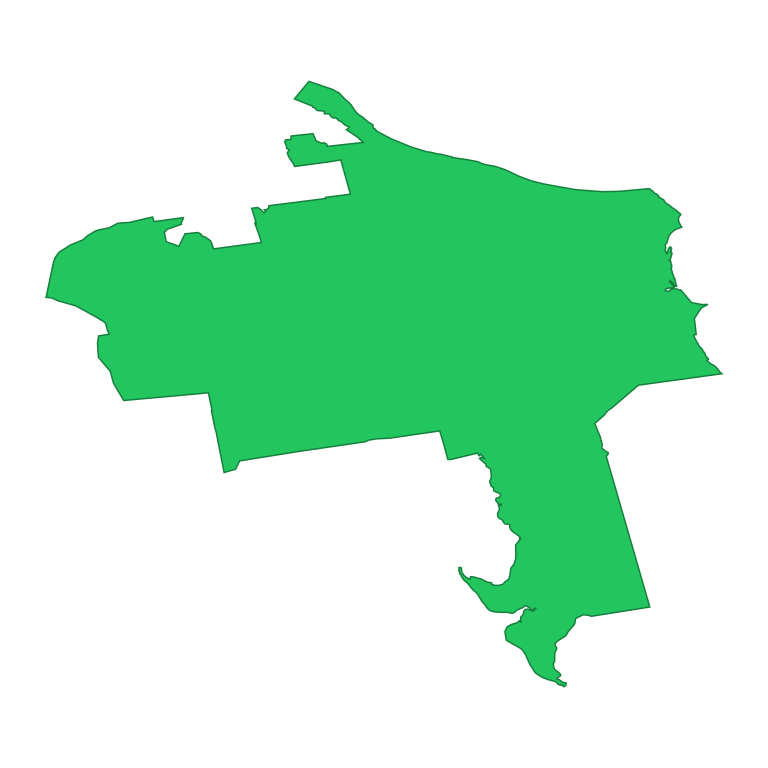 outline of Mērsraga pag., Mersraga, Latvia
{"feature_id": "27541924B11751458518811", "entity_name": "Mērsraga pag.", "entity_type": "district", "adm_level": 2, "iso_a3": "LVA", "parent_name": "Latvia", "parent_adm1": "Mersraga", "projection": "robinson", "projection_center": [23.056, 57.313], "detail": "fine", "context": "isolated", "style": "filled", "palette": "green", "viewbox_px": 768, "rotation_deg": 0, "n_neighbors": 0, "source": "geoboundaries", "source_scale": "gbopen_adm2", "svg_char_len": 6111}
<svg xmlns="http://www.w3.org/2000/svg" viewBox="0 0 768 768"><path d="M721.9,373.7L720.2,372.4L716.5,367.6L714.2,365.7L711.2,364.1L706.7,360.7L707.4,359.8L708.4,359.6L708.6,359.0L705.9,356.1L704.4,352.4L703.4,351.8L702.3,349.3L698.5,345.2L698.1,343.6L697.0,342.4L694.3,337.0L693.7,335.0L696.2,334.5L694.4,318.4L701.3,308.0L707.9,304.4L702.2,304.6L691.5,302.6L680.8,289.9L679.0,290.0L677.5,289.1L674.6,288.9L673.0,288.4L669.4,290.7L668.8,291.6L665.1,290.6L666.4,288.6L670.4,287.6L669.7,288.0L671.4,288.7L671.7,287.7L672.8,287.9L674.1,287.4L673.5,286.3L673.5,285.9L672.4,284.8L672.4,284.1L671.5,283.9L670.6,282.2L669.5,281.9L669.8,280.7L670.3,280.6L671.0,281.6L671.8,282.0L671.5,282.6L672.7,282.7L673.2,283.8L673.1,284.1L673.8,284.2L674.4,285.8L675.1,286.3L676.4,286.5L676.8,285.7L676.1,285.1L675.0,279.5L674.4,279.2L674.7,278.4L673.6,277.6L673.6,275.7L672.1,272.4L672.1,271.0L671.0,269.5L671.7,268.0L671.3,267.2L671.9,265.5L670.9,263.9L671.1,262.3L670.6,261.9L670.5,261.2L669.2,260.3L670.0,260.1L670.6,259.2L670.4,258.0L670.9,257.5L670.9,256.9L671.4,255.8L671.2,255.2L672.0,254.0L671.9,253.0L670.8,252.6L670.8,251.6L671.4,251.0L670.9,250.3L671.2,249.6L670.8,248.9L671.0,248.5L670.4,248.1L671.4,247.9L670.6,247.0L669.6,247.1L667.9,250.1L668.1,250.6L667.8,251.7L667.4,252.1L667.6,252.4L667.3,253.4L666.5,253.9L666.3,252.2L665.9,251.3L665.3,251.1L665.1,250.2L665.9,247.8L665.3,246.5L665.2,245.1L666.8,242.9L668.9,236.1L671.0,233.1L673.2,231.1L676.3,229.1L682.4,227.0L681.4,227.0L678.6,221.4L678.5,217.6L680.8,214.5L679.8,213.3L678.0,212.2L677.4,211.2L671.7,207.3L669.3,205.2L667.1,204.0L664.6,201.8L663.9,200.0L659.1,197.4L658.8,196.8L658.9,196.4L658.2,195.5L656.2,193.9L654.4,193.1L652.4,190.8L651.0,190.2L650.1,189.0L648.2,188.7L620.1,191.3L602.3,191.7L576.0,189.7L556.5,186.3L543.0,183.8L531.5,180.9L519.1,176.3L506.1,170.1L495.3,166.4L485.2,164.6L481.6,163.6L479.1,162.1L477.2,161.6L467.0,159.6L453.3,157.7L452.2,157.5L452.2,157.0L440.4,154.2L437.5,154.0L431.6,152.4L426.9,151.8L410.6,146.8L391.4,138.9L376.4,131.0L376.3,130.4L374.8,128.8L373.5,128.2L372.9,126.4L373.1,125.4L372.9,124.9L368.1,121.9L362.6,117.2L358.3,114.4L355.3,111.2L351.3,105.1L349.4,102.9L345.1,99.4L338.8,92.7L334.6,90.8L333.2,89.7L309.0,81.4L294.4,98.9L312.4,106.1L312.8,107.2L315.4,108.2L316.2,109.7L317.5,110.5L323.7,111.1L324.3,111.6L324.3,113.4L324.7,113.9L328.7,113.7L329.9,114.4L330.0,115.3L332.0,117.5L334.2,118.0L335.0,117.6L336.7,118.5L338.8,120.7L340.6,121.1L345.4,125.3L349.4,127.1L348.6,128.2L346.4,129.7L358.4,137.8L359.3,139.1L363.4,142.4L327.4,146.4L326.7,144.1L324.3,142.9L321.4,143.2L316.0,140.8L313.0,133.7L291.2,136.0L290.8,139.6L285.8,139.8L284.7,141.6L286.5,146.4L286.6,148.3L289.3,150.0L287.3,152.7L288.5,156.4L293.6,164.1L294.6,166.5L331.5,161.5L340.8,159.9L350.4,194.2L325.4,197.4L325.7,198.5L268.9,205.7L268.3,208.5L265.6,210.0L264.5,209.9L265.6,211.3L263.9,212.8L261.2,209.9L257.7,207.5L251.7,208.3L255.2,219.5L256.0,223.6L255.0,223.0L254.9,223.5L259.2,235.2L261.4,242.5L213.5,248.9L211.9,243.7L210.5,240.7L205.3,237.1L201.5,235.8L201.3,234.3L197.9,232.5L185.0,233.8L178.9,246.3L166.2,241.7L164.4,232.6L166.2,230.1L167.3,229.2L181.5,224.3L181.0,222.9L182.7,219.9L183.4,217.6L154.1,221.6L152.6,217.0L129.6,222.4L117.8,223.2L108.9,227.9L98.2,230.0L95.0,231.2L87.4,235.8L83.0,239.8L70.3,245.1L59.1,252.2L55.3,257.4L53.6,261.7L46.1,297.4L51.7,297.9L57.8,300.7L75.9,305.9L100.4,319.4L100.2,319.6L104.1,321.8L105.2,323.1L105.9,324.2L107.6,331.0L107.9,331.1L109.3,334.2L98.6,335.9L97.5,343.3L98.4,357.3L110.3,371.3L113.5,383.2L123.7,400.5L208.4,392.8L212.0,410.1L211.4,410.4L212.8,417.5L215.4,430.1L215.8,430.4L224.1,472.5L235.6,469.2L239.7,460.9L300.3,451.2L365.1,441.8L368.6,440.2L376.0,438.9L389.4,438.2L439.7,430.9L443.4,443.0L447.8,459.3L450.3,459.6L477.5,453.1L479.2,455.7L480.7,454.3L484.5,458.4L480.7,457.4L479.5,458.6L485.9,464.2L486.1,466.2L490.6,469.0L491.3,475.5L491.1,478.0L489.8,481.1L489.8,482.0L490.9,485.4L491.3,486.2L493.3,487.5L493.7,488.1L493.5,490.0L494.4,491.3L499.0,493.2L500.4,494.3L500.5,495.6L499.5,497.2L496.7,498.1L496.0,498.5L495.8,499.1L495.7,499.9L496.1,500.9L498.5,504.1L501.4,504.1L501.4,505.3L498.4,505.3L499.5,508.3L499.3,509.7L497.5,513.8L497.8,516.6L499.3,518.5L501.4,519.3L502.2,520.1L504.4,523.5L505.3,524.0L509.6,524.4L509.8,527.1L510.5,529.3L512.6,531.6L519.1,536.1L520.4,538.0L519.6,538.0L519.8,539.4L520.8,539.2L519.4,540.1L515.7,545.0L515.9,554.6L515.7,558.7L514.2,563.7L511.3,567.6L510.7,569.0L509.7,576.5L509.0,578.6L508.2,579.6L504.8,582.0L502.9,584.2L498.8,585.4L494.4,585.3L491.5,584.3L491.7,582.8L486.6,581.9L481.3,579.1L473.6,576.9L470.6,576.7L470.1,579.2L469.1,578.9L466.2,577.3L463.7,575.1L461.6,571.8L461.6,569.0L460.9,567.5L459.0,567.5L458.9,570.7L460.0,574.2L460.9,575.0L461.8,577.1L463.8,580.0L467.3,582.8L471.7,588.5L477.4,593.8L482.3,602.0L484.3,604.0L487.4,608.4L490.2,610.8L494.7,611.9L500.2,612.3L507.5,612.3L512.0,613.4L514.9,612.2L517.4,609.7L519.2,609.4L520.4,608.5L522.7,607.7L525.0,605.8L526.1,605.7L526.9,606.5L529.2,607.4L531.1,609.7L531.9,609.9L532.7,609.8L535.1,608.0L535.9,608.4L533.5,611.0L532.9,611.2L527.8,609.1L525.0,609.5L523.7,611.5L523.1,614.7L520.7,617.2L520.6,620.0L521.2,620.6L521.2,621.8L520.5,622.1L519.3,620.8L517.0,622.8L511.2,624.5L507.4,626.6L505.1,631.0L505.0,632.5L506.1,639.4L506.5,640.4L520.9,648.6L523.2,651.0L525.7,655.1L530.0,664.7L531.7,667.0L534.4,671.7L536.3,673.6L542.2,677.4L548.4,679.7L555.0,681.4L556.5,682.5L558.0,684.2L560.2,685.1L562.8,685.2L563.0,686.1L563.5,686.6L564.8,686.4L565.4,685.9L566.3,683.5L566.0,682.9L562.4,682.1L559.3,679.7L556.7,679.0L556.9,678.1L560.0,676.2L560.7,675.3L560.6,674.8L559.4,673.1L554.8,669.5L553.6,666.8L553.6,664.9L553.1,663.6L554.6,661.8L554.8,652.4L556.5,649.9L556.7,647.9L555.5,645.9L555.1,643.6L557.6,641.0L565.9,635.7L568.5,631.2L574.0,625.0L575.1,622.2L575.5,618.7L575.9,618.3L583.2,614.8L588.6,615.3L591.3,616.3L649.8,607.0L606.2,456.1L608.0,454.3L608.2,452.6L605.9,451.4L601.8,448.1L602.2,444.2L600.6,438.6L600.5,437.4L595.6,425.8L594.8,423.4L604.6,414.8L606.2,412.3L608.9,409.9L611.5,408.2L638.4,385.2L721.9,373.7Z" fill="#22c55e" stroke="#15803d" stroke-width="1.5"/></svg>